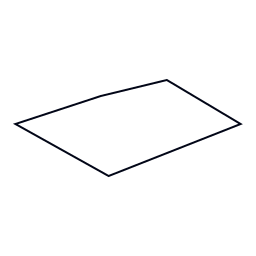 SVG path tracing the border of Naga
{"feature_id": "PHL-5536", "entity_name": "Naga", "entity_type": "Independent Component City", "adm_level": 1, "iso_a3": "PHL", "parent_name": "Philippines", "parent_adm1": "", "projection": "mercator", "projection_center": [123.259, 13.616], "detail": "fine", "context": "isolated", "style": "outline", "palette": "ink", "viewbox_px": 256, "rotation_deg": 0, "n_neighbors": 0, "source": "natural_earth", "source_scale": "10m", "svg_char_len": 195}
<svg xmlns="http://www.w3.org/2000/svg" viewBox="0 0 256 256"><path d="M166.8,80.0L240.6,124.0L108.6,176.0L15.4,124.0L100.8,96.0L166.8,80.0Z" fill="none" stroke="#020617" stroke-width="2"/></svg>